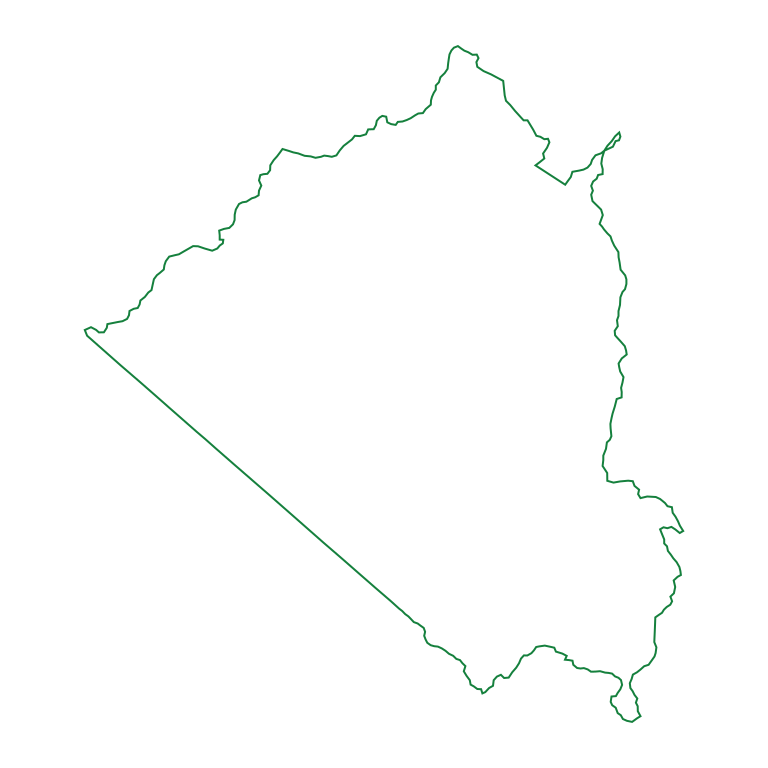 the district of Aceguá, Rio Grande do Sul, Brazil
{"feature_id": "56859067B24209347945179", "entity_name": "Aceguá", "entity_type": "district", "adm_level": 2, "iso_a3": "BRA", "parent_name": "Brazil", "parent_adm1": "Rio Grande do Sul", "projection": "orthographic", "projection_center": [-54.091, -31.693], "detail": "fine", "context": "isolated", "style": "outline", "palette": "green", "viewbox_px": 768, "rotation_deg": 0, "n_neighbors": 0, "source": "geoboundaries", "source_scale": "gbopen_adm2", "svg_char_len": 5029}
<svg xmlns="http://www.w3.org/2000/svg" viewBox="0 0 768 768"><path d="M604.3,150.7L601.1,153.3L595.5,155.3L592.1,159.9L590.7,164.0L587.5,167.6L583.5,169.6L579.1,170.6L572.4,171.8L570.8,177.0L567.7,181.2L565.2,184.7L535.5,165.4L539.7,162.2L544.3,158.5L543.1,153.5L547.0,147.8L549.4,142.3L548.0,138.8L544.3,139.2L540.4,136.8L536.4,135.8L533.2,129.7L527.5,120.3L523.6,120.3L521.0,117.5L518.3,114.5L515.1,111.0L510.2,105.0L506.0,100.8L504.7,95.4L503.2,80.9L491.1,74.4L483.6,71.1L477.3,66.8L476.4,62.1L478.5,58.1L476.8,54.6L472.5,54.8L468.2,52.2L464.4,50.7L461.3,48.6L457.9,46.1L453.9,47.7L451.4,50.5L449.5,54.4L448.8,58.8L448.2,63.0L447.6,68.8L444.7,73.1L440.4,77.3L438.9,82.3L435.8,85.5L435.8,89.7L433.8,92.8L432.0,96.8L431.0,100.4L430.8,104.7L425.7,109.1L422.9,113.1L418.3,113.5L415.1,115.3L410.7,118.2L406.8,120.0L402.5,121.5L397.8,121.9L395.7,124.9L391.1,124.1L387.3,122.3L386.2,116.7L382.3,115.9L379.4,117.7L376.8,120.8L375.9,125.2L373.7,129.2L368.2,129.4L366.0,134.3L360.0,136.1L354.8,135.8L352.0,139.4L348.0,142.5L343.6,145.9L339.7,150.5L336.4,155.4L331.8,156.8L328.1,156.1L324.2,155.6L321.0,156.8L315.5,157.8L310.7,156.4L304.6,155.8L298.2,153.4L293.3,152.4L289.1,151.0L282.5,149.0L279.9,152.6L277.1,156.3L273.7,160.1L270.3,165.3L270.1,170.2L267.4,173.8L263.4,174.2L260.3,175.1L259.0,180.4L261.3,185.6L259.0,190.6L258.6,195.3L255.1,197.3L251.8,198.3L246.4,201.7L242.4,202.3L239.0,204.0L235.8,209.6L234.7,214.7L234.6,220.1L233.0,224.3L229.3,227.9L224.0,228.9L219.2,230.6L219.7,235.2L219.7,239.6L223.3,239.8L222.8,243.4L219.8,245.5L217.3,248.5L212.2,250.7L204.6,248.5L198.1,246.3L193.1,246.1L188.4,248.8L183.5,251.6L178.9,254.3L174.9,255.2L169.2,256.6L165.8,261.2L164.4,265.3L163.8,269.5L159.6,273.1L156.9,275.2L153.9,279.2L152.7,284.6L151.5,290.1L148.3,292.5L144.9,296.9L140.4,300.5L139.6,304.5L137.7,308.0L133.7,308.8L129.5,311.0L129.0,315.2L127.1,318.9L122.5,321.2L117.9,322.0L112.4,323.1L107.4,324.1L106.8,327.8L103.9,332.3L98.9,332.4L96.1,329.9L91.0,327.2L84.8,330.0L87.1,335.7L120.6,365.3L141.7,383.5L162.1,401.4L169.1,407.6L196.8,431.9L205.5,439.3L215.4,448.1L233.7,464.1L268.6,494.4L302.2,523.9L323.2,542.4L342.2,558.8L358.3,572.9L375.0,587.5L390.9,601.2L399.2,608.7L402.2,611.0L405.2,614.1L408.4,616.4L411.0,619.1L413.8,622.1L417.7,623.5L420.3,625.5L423.7,627.9L425.1,631.8L424.2,635.8L425.6,639.5L427.3,642.8L430.7,645.2L434.2,646.2L437.9,646.6L441.8,648.4L445.5,650.8L449.0,653.8L453.2,655.8L456.3,658.9L460.0,660.1L462.4,663.2L465.4,666.1L463.8,671.3L466.6,675.9L469.8,680.2L470.6,684.6L473.7,686.3L477.3,689.0L481.1,689.2L482.4,693.4L485.3,692.1L489.1,688.0L493.0,685.8L493.7,680.2L496.9,676.6L500.9,674.8L504.1,678.0L508.7,677.6L512.2,672.3L516.2,667.7L519.0,663.3L521.0,658.6L523.9,655.4L527.3,655.5L531.4,653.2L533.9,650.4L536.2,647.0L539.2,646.4L544.8,645.6L550.4,646.8L554.3,647.7L555.9,651.6L562.4,653.6L566.7,655.9L565.0,659.7L569.1,660.1L572.5,660.7L573.3,664.8L577.1,668.0L580.5,668.5L583.9,668.1L587.7,669.4L591.0,671.7L595.2,671.6L600.1,671.2L605.1,672.6L608.5,672.9L612.1,673.6L615.0,676.4L618.5,677.8L621.0,680.1L622.1,684.9L620.3,689.3L617.7,692.9L615.9,696.1L611.5,696.5L610.7,701.9L612.2,705.2L615.7,707.7L617.7,713.1L620.8,715.2L622.9,719.0L626.9,720.8L632.1,721.9L637.2,718.2L640.5,716.2L637.8,711.2L637.7,706.2L635.9,702.7L637.3,698.5L634.5,694.9L632.6,691.1L630.4,688.1L629.8,683.2L631.6,679.1L632.9,674.6L637.0,672.3L640.4,669.6L644.2,666.2L648.6,664.8L651.9,660.2L654.5,656.5L655.6,653.1L656.4,647.3L654.3,642.1L654.8,630.5L655.1,623.0L655.3,617.4L658.7,615.0L662.0,612.8L663.9,609.7L666.7,607.0L670.3,604.7L672.1,601.3L670.4,596.6L673.9,593.3L675.2,587.0L673.7,580.4L677.6,576.8L680.9,575.0L680.4,571.1L679.4,567.0L676.6,562.1L673.3,558.3L671.0,554.9L667.9,550.9L667.0,546.3L664.2,543.5L664.2,539.4L662.3,534.8L660.1,529.3L663.5,527.3L667.4,528.2L671.4,526.9L675.4,529.5L679.7,533.0L683.2,531.0L679.9,525.7L678.0,521.3L675.5,516.7L672.7,512.8L671.9,507.2L667.5,506.2L665.0,503.0L660.1,499.0L655.8,497.0L647.2,496.5L640.5,498.1L638.1,494.1L639.1,489.7L634.5,485.9L632.8,481.2L628.2,480.7L620.3,481.4L613.5,482.6L607.3,480.8L607.2,473.0L602.6,466.0L603.3,460.1L603.3,455.6L606.0,448.8L606.9,442.4L609.8,439.8L611.4,436.2L610.6,428.4L610.4,423.9L611.5,418.3L612.6,413.5L614.8,406.5L616.7,399.0L621.6,397.4L621.7,392.0L621.1,387.9L622.5,382.5L623.5,377.1L620.2,371.5L619.2,367.1L618.6,363.5L621.8,358.4L626.7,354.5L626.1,350.6L624.8,346.2L620.7,341.5L617.4,337.9L615.1,335.3L614.7,330.8L617.8,326.2L617.0,320.2L618.5,316.0L618.5,311.1L620.0,305.0L620.4,297.3L622.5,292.0L625.0,289.2L626.4,284.0L626.4,279.4L625.2,275.4L620.6,269.7L619.6,262.5L618.6,257.3L618.4,252.1L614.2,245.6L611.9,240.6L610.5,236.4L607.4,233.4L604.0,229.4L602.0,226.5L599.6,223.9L602.8,215.1L601.1,209.6L592.5,201.1L591.2,194.7L592.9,190.7L591.2,185.9L593.1,181.5L596.7,178.7L598.1,175.0L602.6,174.1L602.7,169.2L601.3,163.6L602.1,157.9L604.3,150.7ZM604.3,150.7L612.9,146.7L615.6,141.1L619.0,140.3L620.4,136.6L619.2,132.5L615.1,136.3L611.7,141.2L607.5,145.7L604.3,150.7Z" fill="none" stroke="#15803d" stroke-width="2"/></svg>